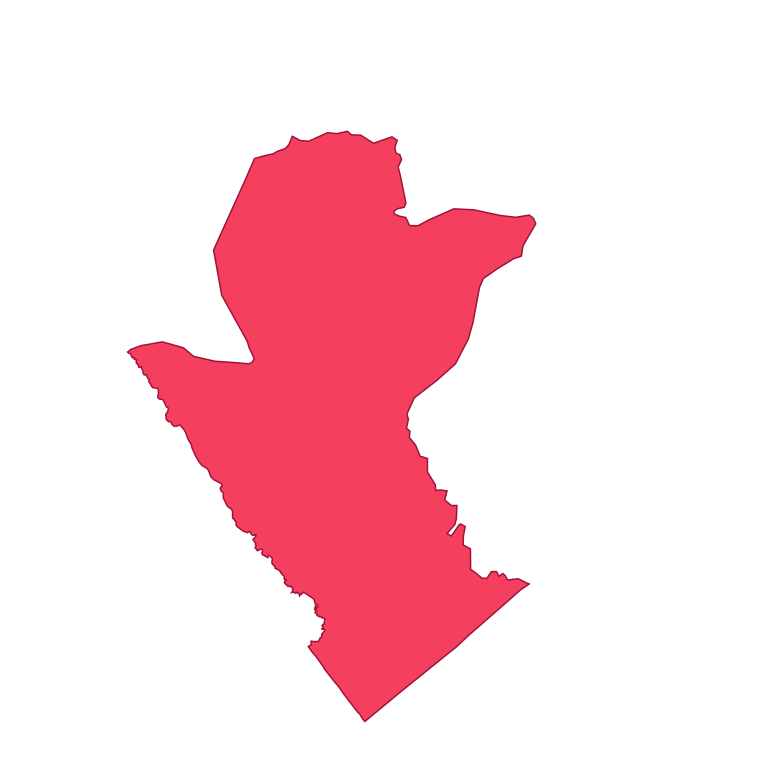 Dja-Et-Lobo, Sud, Cameroon, rotated 53°
{"feature_id": "32672807B39721432011370", "entity_name": "Dja-Et-Lobo", "entity_type": "district", "adm_level": 2, "iso_a3": "CMR", "parent_name": "Cameroon", "parent_adm1": "Sud", "projection": "natural_earth1", "projection_center": [12.712, 2.919], "detail": "fine", "context": "isolated", "style": "filled", "palette": "rose", "viewbox_px": 768, "rotation_deg": 53, "n_neighbors": 0, "source": "geoboundaries", "source_scale": "gbopen_adm2", "svg_char_len": 4394}
<svg xmlns="http://www.w3.org/2000/svg" viewBox="0 0 768 768"><g transform="rotate(53 384 384)"><path d="M191.4,228.9L185.4,247.5L171.3,252.8L165.4,260.1L160.2,261.1L155.8,270.8L154.8,271.9L149.3,277.9L144.8,298.1L139.0,304.5L131.0,308.1L135.6,316.0L136.6,321.1L134.0,329.2L133.5,333.7L129.5,342.7L126.0,351.8L137.7,372.3L166.9,425.7L174.5,439.5L215.5,460.2L267.4,467.5L274.0,469.9L285.7,472.3L287.3,476.5L286.5,479.9L280.6,486.4L279.3,487.8L263.8,505.6L258.3,510.2L247.4,519.4L234.4,522.4L217.0,535.6L207.2,554.8L204.0,565.4L204.2,569.5L206.0,569.3L207.0,568.2L208.1,568.1L208.7,568.7L211.6,569.1L212.9,567.6L213.8,568.5L215.8,567.2L217.4,568.8L218.5,569.2L220.9,568.7L221.5,569.3L223.2,569.7L223.7,569.0L224.1,567.3L225.6,568.2L228.2,568.6L230.4,569.9L231.8,570.0L232.6,570.0L233.2,568.5L234.1,568.4L237.2,569.2L239.2,569.0L240.5,570.3L241.4,570.6L242.4,570.2L245.0,570.9L247.9,570.8L251.1,567.6L252.2,567.3L255.8,569.8L258.1,572.5L259.5,572.8L261.2,572.2L263.0,570.2L264.3,570.1L264.6,570.1L267.4,570.7L271.5,571.6L272.9,570.7L274.4,571.4L276.1,573.8L276.7,576.1L277.4,576.9L281.5,579.3L284.6,578.6L285.3,577.4L286.0,577.1L288.3,577.6L291.1,577.2L291.8,576.7L292.6,575.6L294.0,571.6L296.4,571.4L300.3,571.2L303.0,571.5L303.9,571.8L309.8,573.6L317.0,574.5L319.2,575.7L327.6,577.7L334.9,578.6L338.4,578.4L340.4,578.1L344.7,576.2L347.7,576.2L353.7,578.1L357.8,577.6L365.9,573.8L368.3,574.8L368.2,575.4L368.1,576.7L369.2,577.9L372.1,578.4L374.0,577.8L374.9,577.9L375.6,579.1L378.4,580.9L386.8,582.6L389.8,582.1L390.8,581.2L394.5,581.5L399.9,585.6L401.0,585.5L401.9,584.8L402.4,585.2L405.9,585.4L406.9,586.6L407.9,587.1L409.7,587.0L416.4,585.2L420.5,582.6L420.9,581.8L420.8,580.6L421.1,579.8L421.3,579.5L422.8,580.2L424.5,580.4L426.2,579.7L426.9,578.5L426.9,577.3L427.5,577.1L429.0,578.5L429.1,581.6L429.5,582.3L433.7,582.4L435.0,583.4L436.3,583.4L437.2,585.4L438.3,585.6L439.5,585.0L440.6,585.6L441.2,584.9L441.7,581.9L442.1,581.1L443.0,580.7L444.5,581.8L445.4,583.4L447.6,583.6L452.8,581.2L451.6,579.9L451.5,579.2L452.6,578.5L456.4,578.3L459.1,581.1L460.7,581.5L463.9,581.0L465.7,581.8L469.0,580.1L471.4,579.6L472.6,580.2L473.2,579.5L474.8,580.0L476.7,579.6L478.1,579.4L479.3,581.0L480.6,581.1L481.3,580.0L481.9,580.0L482.3,582.8L483.4,583.3L484.2,582.9L485.5,583.1L486.6,582.3L488.0,582.5L489.3,580.2L490.7,580.4L492.1,579.4L492.7,579.6L493.4,580.9L494.4,581.7L494.9,583.1L495.1,582.5L495.5,581.6L496.2,581.6L497.9,580.4L498.2,578.6L499.6,578.6L500.0,577.8L502.4,578.9L501.8,577.1L502.3,576.4L501.6,573.9L504.3,572.6L513.8,569.4L517.8,571.1L518.3,571.3L520.0,570.1L521.7,570.1L522.4,571.2L522.5,572.5L522.3,572.8L520.8,571.9L520.1,572.0L520.2,572.9L521.5,573.8L521.9,575.0L522.6,575.1L523.2,574.2L524.5,574.1L524.4,575.6L525.0,576.6L526.2,576.5L526.6,575.9L527.5,575.7L528.2,576.7L529.2,576.6L529.7,576.0L531.5,575.4L532.1,573.8L533.7,574.2L535.2,572.5L536.2,572.5L537.5,574.4L539.6,576.1L539.2,577.7L539.8,579.0L541.4,578.9L542.0,579.3L542.0,581.0L542.6,581.0L543.9,579.1L545.1,579.3L546.2,583.9L546.7,584.8L548.4,585.6L548.4,588.0L549.9,590.8L550.0,591.6L549.3,592.8L548.5,593.4L547.4,595.3L547.0,595.8L545.8,596.3L545.6,597.2L548.4,598.9L548.1,602.5L556.1,602.7L561.4,602.3L574.0,602.7L574.8,603.1L579.8,603.0L593.7,602.7L597.7,602.3L605.8,602.7L611.4,602.7L631.2,602.5L632.1,602.0L638.5,602.6L642.0,602.4L639.8,554.8L637.5,484.3L635.6,466.9L632.6,424.5L630.6,398.6L631.1,388.4L628.5,389.9L620.2,394.1L614.9,403.3L610.0,402.5L606.9,403.1L606.7,407.9L601.5,407.0L598.4,411.2L601.2,418.8L597.9,422.7L589.8,424.5L584.2,426.4L567.7,414.2L560.2,417.6L553.2,412.1L546.7,404.9L542.0,407.0L541.6,408.4L545.9,421.8L541.3,423.6L538.9,412.1L535.1,407.2L524.9,398.9L521.5,403.4L513.1,405.3L507.3,398.0L502.8,402.5L500.2,406.7L495.3,403.7L480.3,402.2L469.6,394.1L463.4,398.6L452.0,395.6L441.8,395.9L437.4,391.7L432.8,392.6L426.8,385.7L421.9,383.9L413.3,368.3L412.9,339.2L410.9,314.8L399.0,289.9L389.2,276.9L388.6,276.1L364.4,249.7L359.6,241.2L359.7,236.1L360.1,224.4L361.7,207.9L361.9,205.4L364.5,197.3L357.3,189.8L354.0,182.1L347.4,166.4L341.4,164.9L338.0,165.9L336.5,166.4L330.2,178.4L319.6,189.5L298.8,207.6L286.1,222.9L279.9,249.6L278.1,261.6L272.9,268.2L264.1,266.4L259.4,270.6L254.7,273.3L252.1,272.4L252.1,267.9L255.0,261.6L252.9,257.7L226.4,245.1L219.2,242.1L215.3,234.9L210.6,233.4L206.5,235.5L201.5,232.8L197.4,226.8L191.4,228.9Z" fill="#f43f5e" stroke="#9f1239" stroke-width="1.5"/></g></svg>